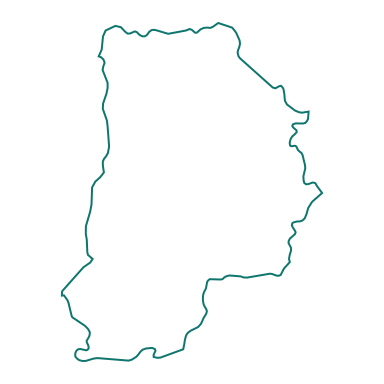 SVG path tracing the border of Seien-et-Marne
{"feature_id": "FRA-5342", "entity_name": "Seien-et-Marne", "entity_type": "Metropolitan department", "adm_level": 1, "iso_a3": "FRA", "parent_name": "France", "parent_adm1": "", "projection": "mercator", "projection_center": [2.98, 48.614], "detail": "fine", "context": "isolated", "style": "outline", "palette": "teal", "viewbox_px": 384, "rotation_deg": 0, "n_neighbors": 0, "source": "natural_earth", "source_scale": "10m", "svg_char_len": 2995}
<svg xmlns="http://www.w3.org/2000/svg" viewBox="0 0 384 384"><path d="M61.9,295.6L62.0,291.9L62.5,290.8L83.5,267.2L90.2,262.6L92.6,259.0L87.9,254.8L87.3,252.0L86.8,239.9L85.8,233.9L85.9,226.2L90.1,211.9L91.5,204.5L92.1,187.4L95.3,181.6L100.3,177.1L103.9,172.4L102.9,166.0L102.8,161.5L104.1,158.7L106.1,156.3L107.9,153.0L109.1,146.6L107.6,126.3L106.9,120.5L102.8,108.8L103.1,103.5L106.5,93.5L107.6,87.9L107.6,82.8L102.6,70.0L103.3,66.4L104.6,62.8L103.5,59.6L101.2,57.3L98.7,56.4L101.7,49.6L103.0,36.4L105.6,30.5L115.4,25.9L120.9,27.2L125.0,31.6L127.6,33.6L130.0,33.5L134.8,31.4L136.8,32.1L139.0,34.4L140.1,35.2L142.4,36.3L144.7,36.3L146.4,35.4L147.6,34.2L148.9,32.2L151.3,30.2L153.5,29.8L155.7,30.1L168.2,33.8L186.0,30.5L189.6,29.0L191.9,29.9L195.2,32.8L197.1,32.5L200.6,29.3L203.8,27.9L206.9,27.6L210.4,27.9L212.9,26.8L218.2,23.0L232.1,27.6L233.9,29.7L236.2,32.8L239.6,40.5L240.0,43.9L239.2,47.3L238.3,49.5L237.7,51.6L237.7,53.2L238.5,56.2L240.0,58.3L272.7,87.5L275.4,88.3L279.2,86.2L281.0,85.8L282.5,87.3L283.5,89.2L284.4,94.5L284.7,98.8L285.1,101.1L287.0,104.5L295.1,110.6L298.9,112.2L302.1,112.7L308.6,111.6L308.0,118.9L307.1,120.8L305.4,122.9L303.2,123.5L295.6,123.4L293.0,124.3L292.3,125.9L293.3,127.6L296.5,130.3L296.7,132.1L295.1,133.9L292.2,136.5L290.6,139.1L289.7,142.6L289.9,144.7L290.3,145.7L290.6,146.0L291.9,146.2L294.5,145.8L295.5,145.9L296.1,146.4L296.8,147.4L297.9,149.9L299.6,151.6L301.4,152.9L302.5,154.9L303.1,157.1L303.5,159.1L304.9,164.6L305.3,168.2L303.4,176.2L303.6,180.4L304.3,183.0L306.2,184.3L308.3,184.1L312.5,182.6L313.8,182.6L315.4,183.3L317.0,186.1L322.1,193.0L312.1,201.8L308.2,208.0L306.5,214.1L304.8,218.2L302.5,220.5L299.8,221.4L297.0,221.5L293.5,222.4L292.2,223.4L291.8,225.3L292.8,227.4L295.3,231.3L295.6,232.4L294.9,234.2L290.1,238.4L288.8,240.6L288.5,242.9L291.0,247.8L291.1,249.1L291.0,250.7L289.7,254.9L289.0,258.9L289.8,262.1L284.0,268.5L280.7,274.9L278.7,275.8L276.5,275.6L272.1,274.0L270.0,273.7L247.0,277.6L243.4,277.4L240.9,276.4L229.8,275.5L227.4,275.9L225.5,276.7L224.2,277.5L222.5,279.1L221.1,279.5L209.7,279.2L208.2,280.4L207.3,281.6L206.7,284.2L206.2,287.3L205.6,289.2L204.5,291.2L203.6,293.2L203.1,295.4L202.9,297.6L202.9,300.0L203.2,302.2L203.7,304.6L204.8,306.8L206.1,308.9L206.9,311.0L206.4,313.2L205.5,315.0L204.1,317.1L203.8,317.5L201.8,322.1L200.6,324.3L198.0,327.1L190.7,330.7L188.2,332.5L186.6,334.5L185.8,336.4L184.8,340.4L184.2,344.6L183.2,349.3L160.4,357.6L157.3,357.8L153.7,357.0L153.6,355.0L154.5,352.8L155.5,350.8L154.9,349.1L152.1,347.9L145.9,348.5L142.4,349.8L140.2,352.0L138.5,354.3L136.3,356.8L131.7,359.7L128.6,360.6L97.6,358.1L93.9,358.5L85.8,360.9L82.5,361.0L79.1,360.1L77.0,358.5L75.4,356.7L75.2,354.7L75.5,352.5L76.6,350.5L78.4,349.2L80.4,349.0L86.1,350.3L87.1,350.0L88.4,348.9L88.7,347.0L88.1,345.1L86.8,342.3L86.7,341.7L86.7,340.7L89.2,336.5L89.7,334.4L89.8,332.1L88.1,329.1L85.1,325.9L72.3,317.3L72.1,316.8L71.6,315.7L68.5,302.9L67.3,299.9L63.9,295.3L61.9,295.6Z" fill="none" stroke="#0f766e" stroke-width="2"/></svg>